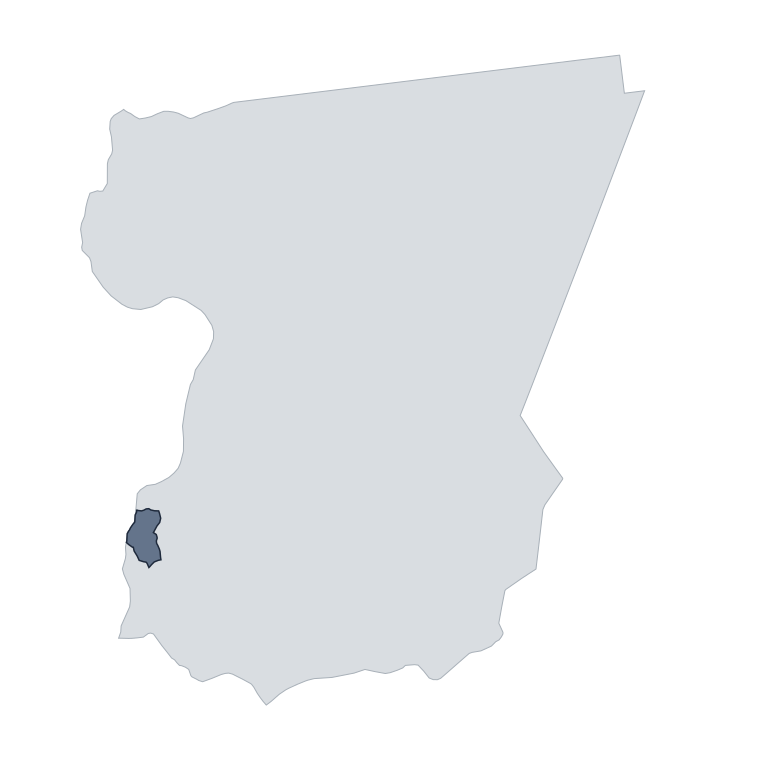 Libya, with Al Marqab highlighted, rotated 263°
{"feature_id": "LBY-2966", "entity_name": "Al Marqab", "entity_type": "Municipality", "adm_level": 1, "iso_a3": "LBY", "parent_name": "Libya", "parent_adm1": "", "projection": "mercator", "projection_center": [14.087, 32.352], "detail": "fine", "context": "in_parent", "style": "filled", "palette": "slate", "viewbox_px": 768, "rotation_deg": 263, "n_neighbors": 0, "source": "natural_earth", "source_scale": "10m", "svg_char_len": 3946}
<svg xmlns="http://www.w3.org/2000/svg" viewBox="0 0 768 768"><g transform="rotate(263 384 384)"><path d="M87.7,223.0L92.3,220.6L98.8,217.9L102.2,215.9L103.6,214.2L108.5,207.3L111.0,203.5L114.5,198.3L116.0,194.6L116.1,191.2L115.5,187.1L112.8,177.3L110.6,167.7L112.3,164.0L113.7,162.2L116.7,157.7L118.0,156.8L124.5,155.4L127.1,152.4L129.1,148.7L129.6,146.7L132.4,144.6L135.8,142.5L137.9,139.8L144.8,135.7L151.1,131.8L158.4,127.8L164.0,124.7L165.2,122.0L165.1,119.6L162.1,114.3L162.1,107.9L162.3,102.6L162.6,99.5L163.9,90.8L164.0,89.6L169.9,92.5L175.9,93.6L193.8,104.4L199.4,105.8L212.0,107.0L226.8,102.6L232.4,101.8L242.1,106.0L246.3,107.1L253.6,107.5L265.9,111.2L269.0,112.5L276.2,118.5L279.6,120.3L305.1,125.7L308.6,129.3L312.1,136.2L312.3,144.8L314.2,151.0L317.4,159.0L321.2,164.7L325.4,169.4L330.3,172.3L341.5,176.7L354.1,178.4L366.8,178.9L388.6,184.9L407.1,191.8L411.6,195.2L420.9,198.5L439.3,214.7L449.6,220.2L456.7,221.3L463.2,220.3L474.7,214.8L479.4,211.4L490.9,197.5L494.7,190.2L496.2,185.0L495.8,179.8L494.4,175.1L491.2,170.1L488.9,163.6L487.6,151.7L489.4,143.5L491.6,138.6L495.1,133.6L504.7,123.9L514.3,117.1L531.2,108.2L541.1,108.1L545.2,107.1L553.3,100.8L556.6,100.6L561.1,102.1L574.5,101.7L580.3,103.4L587.4,107.4L596.2,109.8L602.5,112.2L609.2,115.4L610.7,123.1L609.9,125.4L609.8,128.4L616.7,133.8L636.3,136.3L640.2,137.7L645.6,141.8L649.1,143.1L662.5,143.6L670.4,142.8L677.9,144.2L680.6,145.6L683.5,148.8L686.9,156.5L688.3,159.1L686.8,160.4L684.7,163.1L683.4,165.4L679.8,169.3L676.9,173.5L677.1,179.6L677.8,185.8L679.8,191.8L681.5,198.6L681.0,202.9L679.6,208.3L677.8,212.8L672.0,222.0L671.1,224.2L671.4,227.3L675.0,238.2L675.3,241.6L677.4,252.2L679.3,260.7L681.4,267.4L681.8,269.3L681.8,279.2L681.8,289.0L681.8,298.8L681.8,308.7L681.8,318.4L681.8,328.2L681.8,338.0L681.8,347.7L681.8,357.4L681.8,367.1L681.8,376.7L681.8,386.4L681.8,396.0L681.8,405.6L681.8,415.2L681.8,424.8L681.8,434.4L681.8,443.9L681.8,453.4L681.8,462.9L681.8,472.4L681.8,481.9L681.8,491.3L681.8,500.8L681.8,510.2L681.8,519.6L681.8,529.0L681.8,538.4L681.8,547.7L681.8,557.1L681.8,566.4L681.8,575.7L681.8,596.3L681.8,616.9L681.7,637.3L681.7,657.8L681.4,658.0L671.8,658.0L662.3,658.0L652.8,658.0L643.3,658.0L643.3,663.1L643.3,668.2L643.3,673.3L643.3,678.4L624.9,668.8L606.5,659.1L588.1,649.4L569.7,639.7L551.3,630.0L532.9,620.3L514.5,610.6L496.1,600.8L477.7,591.0L459.3,581.2L440.9,571.4L422.5,561.6L404.1,551.8L385.6,541.9L367.2,532.1L348.8,522.2L336.1,515.3L322.4,522.0L311.7,527.2L297.5,534.1L281.2,543.0L268.7,549.9L268.2,549.8L267.6,549.6L254.6,538.0L244.5,529.0L240.0,526.4L220.8,521.8L201.8,517.2L181.8,512.3L178.2,504.9L174.1,496.6L168.6,486.2L165.2,479.8L164.1,478.8L148.8,473.8L132.6,468.8L123.1,471.8L121.4,471.6L118.7,469.7L116.0,467.1L114.6,463.5L110.8,458.7L107.3,447.7L106.9,438.9L106.2,435.7L97.8,423.3L90.1,412.0L85.0,404.4L84.0,401.0L84.6,396.8L86.7,393.0L94.1,388.5L100.8,383.6L101.7,380.2L102.1,370.9L99.9,368.0L98.3,362.4L96.7,354.9L96.5,350.0L99.5,340.4L103.0,330.3L100.7,319.1L99.1,296.6L100.1,278.7L99.3,272.2L98.7,269.5L96.4,261.1L93.6,252.3L92.4,249.2L88.8,242.2L82.8,233.4L79.7,228.0L83.9,225.2L87.7,223.0Z" fill="#d9dde1" stroke="#a8b0b8" stroke-width="1"/><path d="M258.1,109.0L259.5,109.6L266.6,110.8L267.0,111.0L267.7,111.6L267.9,111.8L268.6,112.1L270.0,113.5L272.1,114.8L275.4,117.7L277.1,119.6L277.9,119.9L284.1,121.0L284.8,121.3L285.4,121.8L287.0,122.8L287.8,123.0L288.9,123.1L288.9,123.6L288.4,124.6L287.6,127.8L288.0,130.2L289.0,132.7L288.9,135.4L287.4,137.2L286.1,140.9L285.5,144.9L283.0,145.4L278.0,146.0L273.9,144.5L270.8,141.4L264.6,137.0L262.4,139.6L259.6,140.1L258.4,140.0L256.0,138.9L253.5,138.9L251.3,139.8L247.5,140.9L245.1,141.3L239.1,141.1L236.7,141.2L236.5,138.5L235.4,134.3L233.0,131.2L231.1,129.1L230.5,128.3L234.9,127.0L236.2,126.1L236.9,123.7L238.8,119.5L241.7,118.6L243.5,118.0L248.5,115.7L249.1,115.6L252.5,115.3L252.7,114.4L255.7,111.1L258.1,109.0Z" fill="#64748b" stroke="#1e293b" stroke-width="1.5"/></g></svg>